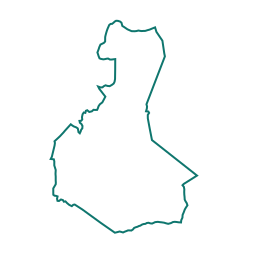 Santa Rita, Paraíba, Brazil, rotated 186°
{"feature_id": "56859067B37269075188213", "entity_name": "Santa Rita", "entity_type": "district", "adm_level": 2, "iso_a3": "BRA", "parent_name": "Brazil", "parent_adm1": "Paraíba", "projection": "natural_earth1", "projection_center": [-34.981, -7.098], "detail": "fine", "context": "isolated", "style": "outline", "palette": "teal", "viewbox_px": 256, "rotation_deg": 186, "n_neighbors": 0, "source": "geoboundaries", "source_scale": "gbopen_adm2", "svg_char_len": 2502}
<svg xmlns="http://www.w3.org/2000/svg" viewBox="0 0 256 256"><g transform="rotate(186 128 128)"><path d="M160.0,213.9L159.8,211.6L160.9,210.1L164.1,208.1L165.0,205.4L165.4,203.4L166.3,199.9L165.6,198.4L164.8,196.5L163.6,194.3L162.2,193.9L159.7,193.7L158.1,194.1L156.7,194.6L155.1,195.0L153.1,194.2L151.3,194.4L149.7,194.8L147.9,195.2L146.9,185.3L146.0,175.3L146.2,172.6L146.9,170.7L148.5,169.2L150.6,167.7L152.8,167.7L154.8,168.1L156.5,167.0L157.6,165.8L159.4,165.5L162.0,166.1L160.7,164.0L153.8,156.8L156.2,150.8L158.5,148.6L159.6,146.5L160.0,144.6L160.6,142.8L162.6,142.5L164.2,142.5L165.7,140.8L168.2,139.9L170.4,141.4L171.7,140.7L172.0,138.6L173.6,138.8L174.6,136.9L174.9,134.0L174.4,131.7L175.3,130.3L177.0,130.0L176.4,128.2L174.8,127.2L173.5,125.3L173.4,122.9L174.4,121.3L174.7,119.7L175.4,117.7L176.8,118.7L177.3,120.5L177.9,122.3L179.5,123.2L182.1,123.9L183.7,124.7L185.3,125.7L187.8,122.3L190.5,118.6L191.7,116.8L194.8,112.7L199.7,107.1L199.1,105.5L199.2,102.9L199.7,99.1L200.4,93.9L200.7,91.5L201.6,89.1L198.5,89.1L197.8,87.1L197.4,83.1L195.5,78.7L195.3,74.8L194.8,72.0L194.4,68.1L194.1,66.4L194.0,64.5L196.0,60.1L195.6,56.3L195.3,53.8L194.0,53.0L192.5,53.0L190.9,52.6L191.2,50.2L190.5,48.2L189.0,48.2L187.2,49.9L185.2,49.5L184.1,48.0L182.5,48.5L180.8,47.0L178.4,45.4L175.7,44.4L174.4,45.9L173.0,46.3L164.9,42.2L145.0,30.7L130.1,22.5L127.8,23.3L125.5,24.2L123.6,23.9L122.0,23.6L120.3,24.6L118.7,25.4L117.2,26.2L115.7,26.3L113.9,26.4L112.5,27.6L111.4,29.3L109.9,30.1L108.2,30.8L107.0,31.6L105.5,32.2L104.0,33.4L102.5,34.1L100.7,34.5L99.3,35.5L97.6,35.9L95.9,35.5L94.0,35.5L91.2,37.2L88.5,37.8L86.7,37.7L84.6,37.7L82.2,37.6L80.2,37.2L78.0,36.9L75.4,37.9L73.4,39.2L71.6,39.6L69.9,39.6L68.0,39.5L65.4,39.6L65.4,41.9L64.5,44.5L64.6,47.3L63.8,49.8L63.0,52.9L62.0,55.1L60.8,57.3L61.8,59.5L63.1,61.1L64.1,62.7L64.6,65.6L65.0,67.4L65.4,70.1L65.6,73.0L66.3,75.3L67.8,76.8L66.7,78.2L54.4,87.9L102.9,118.5L106.5,130.2L109.3,139.7L109.7,143.1L108.6,145.2L109.5,146.5L111.8,146.5L111.3,149.2L111.3,151.4L112.1,153.5L105.9,176.7L98.8,203.1L99.7,205.9L102.9,218.4L109.8,226.6L111.6,230.9L113.3,230.0L115.0,229.1L116.8,228.1L118.9,227.3L120.9,226.4L123.0,226.1L125.0,225.8L127.9,226.0L129.7,225.3L131.7,224.9L134.6,224.7L138.9,226.1L142.4,228.0L144.3,228.9L145.5,232.0L146.9,233.0L149.2,233.5L151.0,233.4L152.3,232.5L153.4,231.2L154.7,229.9L156.2,229.7L157.5,228.4L158.0,226.7L158.6,224.9L159.2,222.5L159.6,220.4L160.0,217.9L160.2,216.1L160.0,213.9Z" fill="none" stroke="#0f766e" stroke-width="2"/></g></svg>